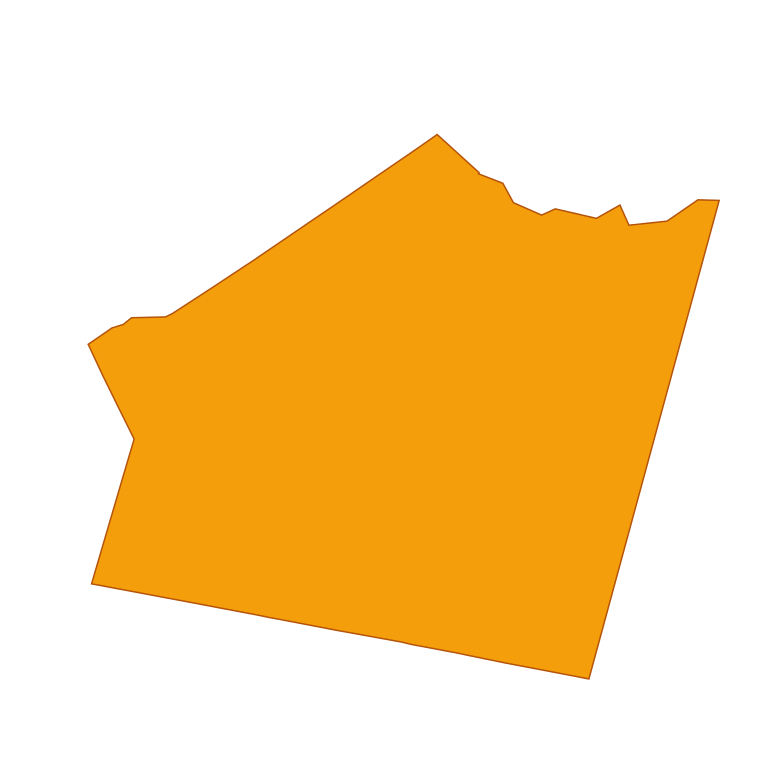 Union, North Carolina, United States of America (Albers equal-area conic projection), rotated 10°
{"feature_id": "52423323B12415258614636", "entity_name": "Union", "entity_type": "district", "adm_level": 2, "iso_a3": "USA", "parent_name": "United States of America", "parent_adm1": "North Carolina", "projection": "albers", "projection_center": [-80.585, 35.011], "detail": "fine", "context": "isolated", "style": "filled", "palette": "amber", "viewbox_px": 768, "rotation_deg": 10, "n_neighbors": 0, "source": "geoboundaries", "source_scale": "gbopen_adm2", "svg_char_len": 973}
<svg xmlns="http://www.w3.org/2000/svg" viewBox="0 0 768 768"><g transform="rotate(10 384 384)"><path d="M441.0,159.4L393.5,129.4L393.0,129.1L376.2,145.9L375.2,146.9L340.8,180.6L304.0,216.7L303.1,217.6L283.2,236.9L238.9,280.1L234.4,284.6L234.0,284.9L233.6,285.3L225.0,293.4L224.5,293.9L196.0,320.9L163.1,351.6L157.1,355.9L123.9,362.6L116.8,370.7L106.4,376.0L85.8,396.3L105.7,424.7L121.3,446.0L121.6,446.5L147.5,481.6L142.6,524.9L133.3,608.1L131.3,626.3L130.7,631.6L151.8,631.8L158.0,631.9L205.7,632.4L251.2,632.9L265.0,633.1L291.0,633.4L293.1,633.4L312.8,633.9L318.0,633.9L381.2,634.8L446.9,635.1L455.4,635.7L462.4,635.8L498.0,636.2L501.1,636.2L515.9,636.7L525.4,636.9L532.1,637.2L533.3,637.1L534.8,637.2L553.0,637.7L605.9,638.4L637.0,638.9L658.9,399.2L661.2,374.1L682.2,145.0L661.2,148.1L634.4,174.5L597.6,185.1L585.3,166.8L564.4,184.0L522.2,181.8L509.9,190.3L480.0,183.0L466.2,165.7L440.6,160.6L441.0,159.4Z" fill="#f59e0b" stroke="#b45309" stroke-width="1.5"/></g></svg>